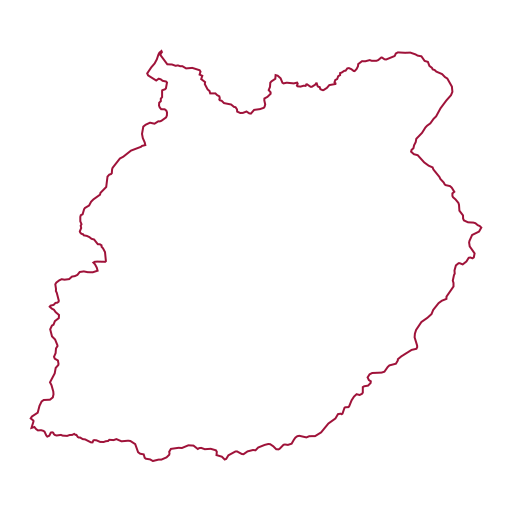 Alpujarra, Tolima, Colombia (orthographic projection)
{"feature_id": "7082276B44819240865688", "entity_name": "Alpujarra", "entity_type": "district", "adm_level": 2, "iso_a3": "COL", "parent_name": "Colombia", "parent_adm1": "Tolima", "projection": "orthographic", "projection_center": [-74.953, 3.394], "detail": "fine", "context": "isolated", "style": "outline", "palette": "rose", "viewbox_px": 512, "rotation_deg": 0, "n_neighbors": 0, "source": "geoboundaries", "source_scale": "gbopen_adm2", "svg_char_len": 5858}
<svg xmlns="http://www.w3.org/2000/svg" viewBox="0 0 512 512"><path d="M309.3,436.2L315.1,436.1L321.1,432.4L328.4,423.5L335.4,418.5L338.0,414.1L340.6,413.7L341.7,414.2L342.5,413.6L344.5,407.8L345.2,407.3L348.5,407.1L349.2,406.2L351.6,400.3L354.0,396.6L356.6,394.2L359.6,395.0L362.0,393.8L362.8,392.6L362.8,387.1L364.1,386.3L368.1,385.6L370.6,383.0L370.8,381.3L368.9,380.1L367.6,377.4L369.6,374.3L372.2,373.0L381.6,372.6L384.4,371.7L387.7,367.0L389.4,365.4L395.9,363.7L397.8,360.5L397.9,359.2L401.4,356.3L411.6,349.9L416.4,348.8L417.2,347.1L417.1,345.5L414.6,337.3L414.9,333.7L416.1,329.9L421.4,322.0L427.4,317.8L431.5,314.1L433.2,309.9L438.6,303.1L441.9,300.7L446.4,298.9L446.5,296.6L453.5,286.5L453.5,283.0L452.8,280.6L454.0,275.0L454.7,273.7L454.5,270.4L455.9,265.4L458.6,263.2L459.7,263.2L462.7,264.4L466.4,261.5L468.7,257.8L470.3,257.5L472.5,258.3L473.8,257.4L474.6,253.4L469.7,246.4L469.1,242.5L469.5,240.8L472.1,235.0L479.0,231.6L481.3,227.6L479.7,226.0L477.8,225.2L475.4,223.2L473.4,222.6L468.0,222.3L463.9,220.4L463.1,218.6L463.0,215.4L459.4,210.7L459.0,204.8L458.4,202.9L455.5,199.4L453.0,197.2L452.4,195.9L452.4,193.4L454.3,191.8L451.7,187.6L450.0,186.1L445.6,185.1L444.7,184.4L443.7,182.5L440.4,179.0L439.4,176.9L433.4,169.5L432.6,167.4L428.7,165.7L424.2,162.4L417.7,155.2L413.9,154.2L411.1,151.7L411.6,149.8L413.4,148.3L414.1,145.2L415.7,142.1L416.3,138.8L422.0,132.9L425.4,127.5L427.1,125.7L430.3,123.4L433.6,118.8L436.1,116.4L440.5,108.3L446.4,100.4L451.0,95.2L452.4,91.8L451.9,86.6L447.3,78.5L445.0,77.1L442.1,74.1L436.3,71.6L434.6,70.0L432.7,69.4L431.9,67.8L429.4,65.9L427.9,61.9L424.6,60.9L421.4,56.3L417.6,55.6L415.5,54.4L410.3,52.6L405.1,52.8L397.9,52.4L395.8,53.5L394.8,55.8L394.2,56.2L386.1,59.5L384.5,59.3L382.1,57.6L381.3,57.5L378.2,60.1L376.4,60.8L371.7,60.8L369.7,60.1L365.2,61.3L362.0,61.2L358.2,64.1L358.0,66.2L356.6,69.0L354.6,71.1L353.7,71.0L351.4,69.2L348.9,68.1L347.3,68.4L345.6,70.7L344.3,70.8L341.6,72.6L340.1,73.1L340.1,75.1L338.2,76.2L337.2,79.0L335.3,80.0L334.5,82.3L335.5,83.3L335.4,84.0L329.3,85.1L326.9,87.9L323.5,90.1L322.5,90.1L320.4,89.2L319.6,87.0L318.3,86.8L317.5,85.9L316.7,83.3L316.1,83.3L315.3,84.6L311.8,86.8L310.6,86.8L307.0,84.3L306.3,84.4L305.6,85.9L303.8,85.7L300.5,86.6L297.5,86.3L296.9,85.6L297.7,83.7L297.1,82.6L293.8,83.4L286.7,82.7L283.5,83.4L282.4,82.7L280.6,78.3L277.7,75.7L275.6,75.1L275.3,78.8L271.4,81.4L270.3,82.7L270.0,86.9L268.7,90.1L270.6,92.3L270.6,93.8L267.4,96.9L264.4,98.5L264.3,100.4L265.2,104.4L264.6,106.7L263.8,107.8L260.0,109.1L254.1,109.9L250.9,113.6L249.3,113.4L246.5,111.5L242.9,112.9L240.3,113.0L237.2,111.6L237.0,109.4L235.5,107.2L234.0,106.9L231.1,104.5L224.0,103.1L221.7,100.8L219.7,100.2L219.3,99.3L219.8,98.2L219.3,96.3L217.1,95.1L215.4,93.4L210.2,93.4L209.5,91.0L207.6,89.4L204.8,84.1L205.1,82.1L201.2,79.1L202.3,75.8L199.6,74.6L200.5,71.6L199.6,70.2L192.3,67.9L186.1,68.4L182.4,66.2L180.2,66.2L177.9,65.4L175.6,65.8L172.0,64.5L167.3,64.3L160.4,55.0L160.9,53.4L161.9,52.1L161.4,51.0L159.4,52.7L158.5,54.4L156.8,59.4L154.6,63.5L151.3,67.3L147.2,73.4L148.1,75.4L156.2,80.5L158.7,78.7L160.7,79.3L162.6,80.8L166.0,81.5L167.0,82.5L165.9,88.4L165.0,89.3L162.3,90.2L162.1,90.7L162.1,97.1L160.8,98.7L160.8,101.2L159.2,102.7L159.0,105.5L159.7,107.4L161.2,109.2L164.7,109.3L166.3,110.6L167.0,112.4L166.9,115.4L166.1,117.4L161.4,120.8L159.8,121.4L158.3,121.3L154.5,123.7L150.0,122.7L145.7,124.7L143.3,126.6L142.0,133.9L142.8,138.1L144.7,142.4L145.3,145.1L142.0,145.9L141.0,146.8L131.0,150.6L123.3,156.7L119.9,158.5L112.6,167.8L112.1,169.3L111.8,173.2L111.0,174.1L109.3,174.6L107.5,176.6L106.2,187.0L100.5,192.8L100.0,194.7L93.4,199.4L91.1,201.7L89.1,205.5L84.9,208.0L84.1,209.2L82.6,214.3L80.8,215.2L80.3,216.9L80.3,221.3L81.5,224.2L80.7,225.7L81.2,228.0L79.8,231.4L80.2,232.5L81.4,233.8L83.0,234.2L83.7,235.3L86.8,235.9L89.4,237.1L91.5,238.8L94.1,239.5L97.8,244.2L99.9,244.3L101.5,245.3L101.6,246.8L103.0,248.3L105.0,252.1L105.9,261.1L105.2,261.8L97.2,261.6L94.7,261.8L93.4,262.6L95.0,264.3L96.8,267.7L97.6,270.7L92.7,272.3L87.8,272.2L83.8,271.4L79.7,272.0L77.4,274.9L74.9,276.1L71.9,276.6L69.2,279.1L64.5,279.7L61.7,279.2L59.3,280.3L56.3,282.6L55.3,284.3L56.0,289.0L55.9,291.0L56.8,292.9L58.8,300.7L58.6,301.7L57.3,302.7L55.5,302.9L53.6,304.9L50.6,305.6L49.7,306.7L51.9,308.7L53.9,309.7L55.6,312.1L59.0,315.0L58.8,318.1L54.9,321.1L53.5,324.7L51.9,325.6L50.2,329.3L52.0,336.4L55.1,339.5L57.4,345.2L57.5,346.1L56.0,348.4L55.6,353.1L54.0,356.8L54.8,358.7L57.9,360.5L58.5,363.8L58.3,365.0L55.7,367.9L54.7,373.4L50.0,382.3L51.5,385.2L53.3,391.6L53.5,394.3L52.8,397.4L50.0,399.7L43.7,400.0L41.6,401.5L39.5,405.8L37.7,412.7L31.9,416.5L30.7,418.4L33.4,420.6L33.5,421.4L31.5,427.9L34.4,427.0L36.0,429.0L37.9,430.4L41.1,430.2L43.2,430.8L44.5,431.6L46.3,435.5L47.3,436.6L49.3,435.7L50.8,432.6L52.2,432.3L53.2,432.7L53.9,434.2L54.9,435.0L56.6,435.5L60.9,434.9L62.6,435.6L67.1,435.9L69.7,435.0L72.2,434.9L74.2,433.9L75.5,434.9L76.4,434.9L77.8,437.0L78.7,437.5L80.1,437.5L82.7,439.1L85.1,439.4L91.0,442.4L92.5,442.4L93.4,440.4L94.2,440.1L96.4,440.3L100.1,441.9L103.6,442.0L105.9,441.2L108.1,441.0L109.3,439.8L113.6,440.1L116.4,439.1L121.5,441.3L128.1,440.7L130.4,441.0L135.2,444.1L138.1,452.2L140.1,453.7L143.7,454.4L144.7,457.8L145.8,458.7L150.1,459.4L152.8,461.0L158.6,459.6L161.4,459.6L166.5,457.4L169.2,454.8L169.5,453.4L169.2,451.8L170.9,448.9L178.6,447.8L181.9,448.0L188.4,445.3L193.5,445.6L197.8,449.0L199.2,448.1L201.2,447.9L204.8,449.2L210.7,448.8L215.9,450.3L216.8,451.8L216.5,455.1L221.9,456.7L224.7,459.5L226.2,458.9L228.4,455.3L235.4,451.5L237.0,451.4L241.8,454.0L243.5,454.2L247.5,451.4L253.0,450.0L255.5,450.3L258.2,447.5L264.7,444.9L268.3,444.0L270.2,444.2L273.3,446.3L276.2,449.2L278.5,449.4L279.6,448.8L283.5,444.8L284.9,444.5L287.9,444.9L291.6,443.7L293.9,439.7L295.4,437.6L297.3,436.2L299.3,435.8L306.4,437.4L309.3,436.2Z" fill="none" stroke="#9f1239" stroke-width="2"/></svg>